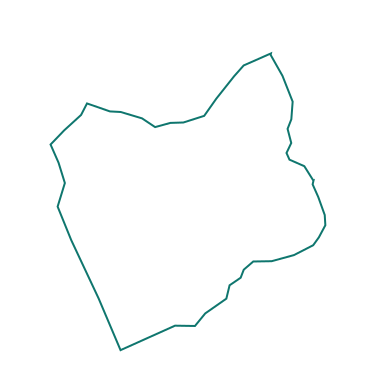 outline of Karlshamn, Blekinge, Sweden, rotated 66°
{"feature_id": "70781695B12582384293132", "entity_name": "Karlshamn", "entity_type": "district", "adm_level": 2, "iso_a3": "SWE", "parent_name": "Sweden", "parent_adm1": "Blekinge", "projection": "albers", "projection_center": [14.872, 56.287], "detail": "fine", "context": "isolated", "style": "outline", "palette": "teal", "viewbox_px": 384, "rotation_deg": 66, "n_neighbors": 0, "source": "geoboundaries", "source_scale": "gbopen_adm2", "svg_char_len": 737}
<svg xmlns="http://www.w3.org/2000/svg" viewBox="0 0 384 384"><g transform="rotate(66 192 192)"><path d="M68.4,251.9L76.5,262.0L83.7,283.7L91.1,301.9L111.0,302.0L132.1,304.5L150.7,320.7L186.8,321.9L251.4,320.6L307.4,321.6L307.3,292.1L307.2,261.9L315.6,243.8L308.3,229.3L303.4,204.0L292.5,195.6L290.1,182.4L284.0,176.3L280.4,164.3L287.6,147.4L291.1,124.5L289.9,102.9L285.0,94.5L276.6,83.7L267.0,80.1L247.9,78.7L234.1,78.7L230.9,76.3L230.9,76.5L214.1,78.9L202.1,89.8L194.8,89.8L187.6,81.4L173.2,79.0L166.0,71.7L150.4,63.3L122.7,62.1L98.7,64.4L97.5,63.5L97.4,93.3L103.4,106.5L116.6,131.8L127.4,149.9L125.0,171.6L120.1,183.6L117.7,199.3L104.4,207.7L89.9,224.6L85.0,234.2L68.4,251.9Z" fill="none" stroke="#0f766e" stroke-width="2"/></g></svg>